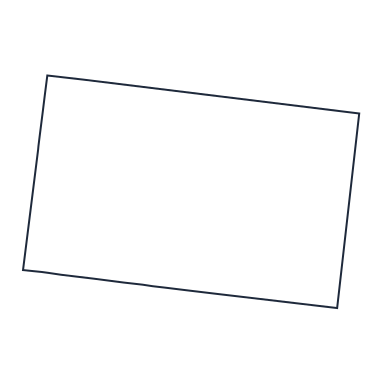 Fall River, South Dakota, United States of America, rotated 7°
{"feature_id": "52423323B73670292543255", "entity_name": "Fall River", "entity_type": "district", "adm_level": 2, "iso_a3": "USA", "parent_name": "United States of America", "parent_adm1": "South Dakota", "projection": "orthographic", "projection_center": [-103.704, 43.24], "detail": "fine", "context": "isolated", "style": "outline", "palette": "slate", "viewbox_px": 384, "rotation_deg": 7, "n_neighbors": 0, "source": "geoboundaries", "source_scale": "gbopen_adm2", "svg_char_len": 483}
<svg xmlns="http://www.w3.org/2000/svg" viewBox="0 0 384 384"><g transform="rotate(7 192 192)"><path d="M34.2,94.0L34.1,114.1L34.1,129.7L34.0,156.4L34.0,165.3L34.1,168.3L34.1,171.3L33.8,290.1L52.5,289.7L59.9,289.8L72.4,290.1L105.2,290.0L105.7,290.0L135.4,290.2L154.1,290.0L164.5,290.3L176.9,290.2L177.1,290.2L198.1,290.2L198.5,290.2L228.8,290.1L247.9,290.0L310.4,289.7L310.8,289.7L350.2,289.5L348.4,93.7L70.3,93.7L34.2,94.0Z" fill="none" stroke="#1e293b" stroke-width="2"/></g></svg>